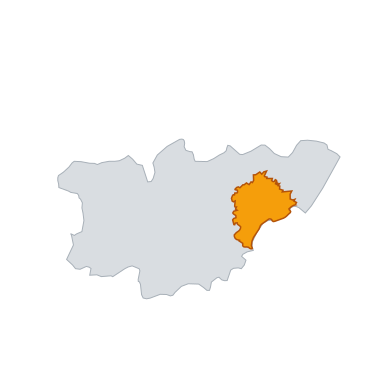 East Flanders on a map of Belgium (Equal Earth projection), rotated 145°
{"feature_id": "BEL-3478", "entity_name": "East Flanders", "entity_type": "Province", "adm_level": 1, "iso_a3": "BEL", "parent_name": "Belgium", "parent_adm1": "", "projection": "equal_earth", "projection_center": [3.869, 51.045], "detail": "fine", "context": "in_parent", "style": "filled", "palette": "amber", "viewbox_px": 384, "rotation_deg": 145, "n_neighbors": 0, "source": "natural_earth", "source_scale": "10m", "svg_char_len": 3828}
<svg xmlns="http://www.w3.org/2000/svg" viewBox="0 0 384 384"><g transform="rotate(145 192 192)"><path d="M175.3,109.0L181.1,111.3L186.1,111.8L188.3,110.8L186.9,105.2L191.0,102.2L195.6,100.9L197.6,103.3L201.8,105.7L205.1,105.8L214.0,99.3L216.1,100.6L218.0,102.9L218.4,104.7L218.8,106.7L220.8,107.5L227.8,107.1L231.3,103.6L234.1,101.4L236.2,102.9L237.3,107.1L239.3,112.7L247.7,119.0L254.8,120.8L263.5,119.5L266.9,118.4L269.3,119.3L271.6,122.6L276.7,126.4L287.2,129.1L290.5,130.6L292.8,133.2L292.2,136.8L287.2,145.9L286.6,148.6L287.3,149.5L286.3,151.2L279.9,157.3L279.3,159.4L281.5,162.9L283.4,165.8L287.3,167.2L291.0,167.7L298.0,167.9L305.5,168.1L306.4,169.8L314.8,174.7L317.4,178.7L323.5,182.5L318.6,187.3L319.4,189.4L321.2,191.6L328.0,192.9L331.4,196.0L331.7,200.8L333.4,208.7L319.5,216.6L315.7,225.3L315.3,227.1L314.9,226.8L313.3,223.9L310.7,223.9L304.9,222.7L296.9,230.6L293.4,237.2L291.3,242.1L288.0,246.0L287.4,250.2L287.9,251.9L286.8,254.2L286.8,256.5L291.5,261.2L292.7,263.7L298.5,272.0L296.7,275.0L295.4,278.3L293.8,280.6L291.9,282.1L286.0,282.0L278.5,283.0L273.5,284.6L270.9,284.7L265.5,280.5L259.4,274.3L255.5,271.4L253.8,268.8L249.1,267.8L242.3,264.7L237.6,261.4L233.6,259.3L227.9,258.3L223.2,258.4L221.8,252.9L221.2,246.5L217.4,242.3L222.5,225.7L219.4,224.0L216.0,225.4L211.1,229.3L208.8,234.0L207.4,238.2L199.2,242.2L186.2,243.6L171.9,242.2L169.9,241.1L169.0,239.9L169.0,238.4L170.0,236.2L172.5,233.5L173.1,229.6L170.5,226.2L168.9,224.9L169.5,221.7L171.4,217.6L171.8,215.3L162.1,208.2L155.1,206.9L148.4,206.6L143.3,205.8L140.3,206.2L138.1,208.2L135.9,209.7L134.3,207.9L131.3,195.5L129.0,193.6L120.3,191.6L108.4,190.8L105.3,188.5L103.6,183.0L102.5,176.3L98.7,169.8L96.7,168.2L93.1,165.4L87.0,166.6L79.5,170.3L75.1,171.3L73.5,171.7L67.6,168.1L61.0,162.4L55.7,156.4L54.5,153.1L56.1,149.0L54.2,145.9L51.4,140.3L50.6,135.8L82.6,120.2L102.1,112.2L111.2,109.8L113.4,117.8L115.0,120.4L117.2,122.0L120.1,122.4L123.4,120.4L128.0,118.3L135.5,119.3L140.9,121.2L142.8,123.2L146.4,125.1L151.6,125.6L161.7,121.9L171.4,116.4L174.2,112.5L175.3,109.0Z" fill="#d9dde1" stroke="#a8b0b8" stroke-width="1"/><path d="M114.7,122.1L116.4,122.8L118.8,123.0L122.2,122.6L122.5,121.7L122.3,120.5L122.4,119.4L123.2,118.8L124.3,118.6L125.5,118.5L128.4,118.0L130.2,117.9L132.1,118.1L141.0,120.5L142.4,121.2L142.8,122.4L142.6,123.5L142.8,124.4L143.9,125.5L144.8,125.8L153.4,125.7L155.1,125.3L158.4,123.2L167.5,119.6L171.1,117.3L174.0,114.2L174.4,113.3L174.9,111.1L175.0,110.7L175.0,110.8L176.4,111.8L177.0,112.7L177.5,114.4L178.7,115.6L180.1,116.5L181.0,117.4L181.2,118.0L181.3,118.5L181.1,119.2L180.7,119.8L180.4,120.0L179.9,120.9L181.5,124.9L180.8,125.2L182.6,127.3L183.0,128.4L183.2,129.1L182.9,131.1L182.0,132.6L179.0,133.3L176.1,133.3L174.6,133.6L173.3,134.3L172.4,135.2L172.1,135.6L172.2,136.0L172.3,136.8L172.6,137.7L173.0,138.7L173.2,139.8L172.8,140.7L172.7,140.8L173.6,141.4L174.4,141.7L175.8,140.7L176.4,141.3L174.7,145.8L173.1,146.4L170.7,145.7L169.6,147.6L170.6,150.2L170.6,151.4L168.9,152.3L165.5,151.2L166.2,153.0L164.2,154.2L165.3,154.9L165.2,155.9L161.8,159.9L163.7,160.2L164.3,161.5L163.3,164.2L161.1,165.7L159.8,166.1L158.8,165.3L157.5,166.6L155.6,165.4L154.7,165.8L153.8,167.4L155.3,169.1L155.2,169.6L152.8,170.1L151.1,169.6L150.3,168.0L146.2,168.7L145.2,168.0L142.2,168.2L141.0,165.3L137.8,166.4L137.1,165.1L134.9,166.1L131.9,170.8L129.9,169.6L125.0,169.5L124.6,166.6L121.6,167.3L118.9,166.4L123.5,163.7L123.7,163.0L122.0,161.1L123.0,160.2L118.4,157.0L120.2,155.6L119.6,153.9L118.4,153.5L116.7,154.3L116.1,153.0L117.1,152.2L116.6,151.2L118.3,151.4L118.8,151.0L117.7,150.1L119.2,150.1L115.6,148.7L117.9,147.9L116.7,146.5L118.6,144.2L116.4,141.2L118.0,140.3L109.7,135.6L112.9,133.9L115.6,129.9L113.9,127.5L111.9,127.0L113.7,126.0L112.4,123.5L114.8,122.3L114.7,122.1Z" fill="#f59e0b" stroke="#b45309" stroke-width="1.5"/></g></svg>